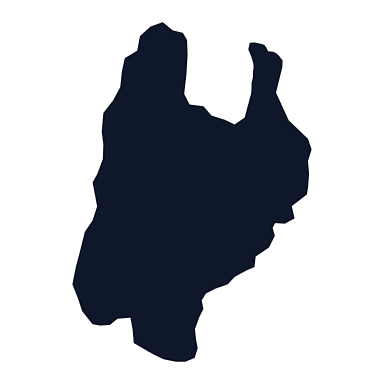 outline of Margi, Nicosia, Cyprus
{"feature_id": "46923920B34513672792511", "entity_name": "Margi", "entity_type": "district", "adm_level": 2, "iso_a3": "CYP", "parent_name": "Cyprus", "parent_adm1": "Nicosia", "projection": "equal_earth", "projection_center": [33.327, 35.024], "detail": "fine", "context": "isolated", "style": "filled", "palette": "ink", "viewbox_px": 384, "rotation_deg": 0, "n_neighbors": 0, "source": "geoboundaries", "source_scale": "gbopen_adm2", "svg_char_len": 1238}
<svg xmlns="http://www.w3.org/2000/svg" viewBox="0 0 384 384"><path d="M281.6,66.9L281.8,60.8L279.2,57.3L276.5,54.3L273.0,52.5L267.5,52.0L265.9,48.3L263.8,45.5L259.7,44.3L254.4,43.2L250.4,43.5L249.1,49.5L251.8,55.6L253.9,62.6L254.4,66.9L253.7,73.1L253.7,77.4L252.3,83.4L252.3,89.5L251.8,94.0L245.3,118.1L234.6,125.4L224.5,120.5L211.0,116.2L203.1,107.0L189.1,105.2L183.4,94.2L185.7,73.9L186.8,54.3L186.3,40.2L182.3,33.5L172.2,31.0L162.6,23.0L150.8,27.3L140.7,36.5L137.9,51.2L125.5,58.6L122.7,71.5L121.0,87.4L113.7,100.9L104.1,113.2L102.5,131.6L104.1,144.4L103.6,159.2L97.9,174.5L93.4,182.5L97.9,206.4L93.4,220.5L85.6,232.1L80.5,252.4L76.6,267.1L73.2,284.3L78.8,298.4L82.8,310.7L92.9,323.5L100.2,324.8L109.8,324.1L117.1,318.0L131.1,316.8L133.4,329.7L134.5,342.6L149.1,351.1L154.8,354.2L163.8,358.5L176.1,361.0L185.1,361.0L194.1,357.3L196.9,348.1L195.3,339.5L194.1,329.1L198.6,316.8L202.6,308.8L200.9,300.2L205.4,292.9L214.9,288.0L227.3,283.7L234.1,276.3L246.4,269.6L253.8,266.5L254.9,256.1L268.4,246.9L274.0,235.8L271.8,227.8L274.6,222.3L284.7,222.9L293.7,218.0L290.9,205.8L306.1,194.1L307.2,188.0L308.3,173.9L307.2,161.0L310.8,149.5L307.4,139.4L288.0,120.7L275.2,92.7L281.6,66.9Z" fill="#0f172a" stroke="#020617" stroke-width="1.5"/></svg>